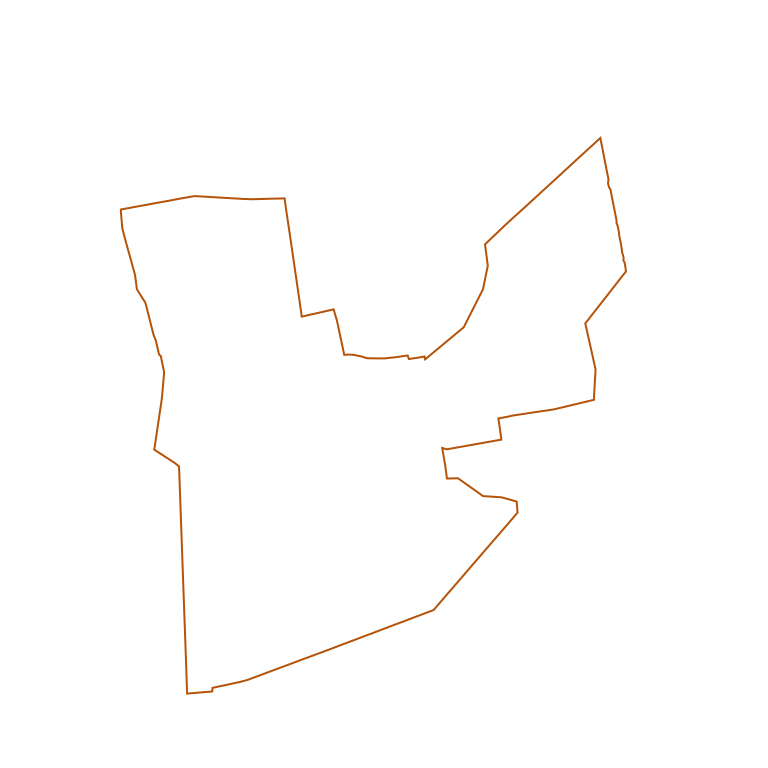 the district of Chiconcuac, México, Mexico, rotated 253°
{"feature_id": "50627088B68966073718312", "entity_name": "Chiconcuac", "entity_type": "district", "adm_level": 2, "iso_a3": "MEX", "parent_name": "Mexico", "parent_adm1": "México", "projection": "mercator", "projection_center": [-98.895, 19.553], "detail": "fine", "context": "isolated", "style": "outline", "palette": "amber", "viewbox_px": 768, "rotation_deg": 253, "n_neighbors": 0, "source": "geoboundaries", "source_scale": "gbopen_adm2", "svg_char_len": 3034}
<svg xmlns="http://www.w3.org/2000/svg" viewBox="0 0 768 768"><g transform="rotate(253 384 384)"><path d="M421.0,648.4L428.8,649.5L430.3,649.6L432.3,649.0L434.3,650.0L437.8,650.3L438.6,650.1L441.7,650.4L443.0,650.8L450.1,651.7L450.8,651.8L453.9,652.0L457.1,652.3L460.1,653.0L466.8,653.7L469.8,653.4L472.5,654.2L488.1,655.8L503.8,657.4L506.4,656.7L510.6,656.9L513.9,658.5L529.0,660.0L544.1,661.6L556.0,662.8L549.1,648.3L542.2,633.7L535.2,619.2L528.2,604.6L521.3,590.1L514.3,575.5L507.4,560.9L507.2,560.5L505.0,555.6L499.4,544.1L488.0,521.4L485.2,521.0L479.4,520.0L470.6,518.5L466.9,517.9L465.1,516.9L463.0,515.8L458.1,513.1L445.7,506.4L415.0,476.9L414.6,476.0L408.1,460.5L402.2,446.4L399.6,440.2L397.6,435.5L395.8,431.2L395.6,430.5L398.4,430.8L399.3,423.9L400.0,419.4L400.6,415.1L404.3,415.0L404.4,414.6L406.4,401.8L407.0,399.1L408.0,393.7L408.2,392.3L410.8,384.0L413.5,375.6L414.8,373.6L417.2,370.0L419.4,365.9L420.5,364.0L421.2,362.1L422.5,358.9L422.8,357.6L423.5,354.5L429.2,355.0L436.8,355.7L444.6,356.3L453.2,357.1L459.4,357.6L462.2,357.5L470.1,357.7L472.5,325.0L473.4,325.2L475.2,325.5L499.9,329.3L503.1,329.8L504.1,329.9L507.0,330.4L525.4,333.2L528.0,333.6L541.7,335.7L548.1,336.7L555.4,337.8L570.8,340.1L575.5,340.8L587.9,342.7L590.6,343.2L591.9,338.3L592.4,336.7L599.2,312.1L601.9,304.1L611.7,277.7L613.3,273.4L617.7,261.6L619.1,257.7L620.6,245.7L620.9,243.2L622.1,232.3L622.6,228.1L623.1,224.3L625.1,206.7L626.1,198.4L627.0,190.4L627.6,185.4L627.8,183.4L626.0,182.8L610.5,179.5L610.2,179.5L608.7,179.2L592.8,178.6L592.1,178.6L591.7,178.6L576.4,178.2L561.1,177.8L560.4,177.7L546.9,175.4L534.2,178.8L532.0,179.5L531.0,179.5L530.0,179.5L529.5,179.5L498.4,178.0L492.2,178.5L490.6,178.4L483.7,177.9L478.1,177.5L476.8,178.2L475.9,178.7L459.6,177.2L457.7,176.5L449.4,173.1L444.4,171.1L434.8,167.2L389.4,145.6L389.0,145.4L388.4,145.1L369.3,161.1L365.1,163.9L212.7,123.2L191.3,117.5L165.2,110.5L162.3,109.7L154.1,107.5L145.5,105.2L140.3,129.4L140.2,129.9L143.6,131.2L142.1,148.1L141.2,158.8L140.9,167.0L140.9,167.4L141.3,173.1L141.6,178.8L142.4,191.3L142.9,200.0L143.1,203.0L144.6,227.6L145.0,234.9L145.1,236.9L146.3,257.2L146.6,260.7L146.6,261.4L146.7,263.0L146.9,265.4L147.1,268.5L148.0,282.9L148.6,291.7L148.7,293.5L149.0,298.7L149.5,306.1L150.0,313.4L150.0,313.9L150.1,314.9L150.7,324.2L151.0,329.3L151.5,337.4L151.6,339.0L152.1,345.7L152.3,349.7L153.0,360.0L153.3,365.2L153.8,366.1L159.1,374.4L159.6,375.3L160.8,377.2L162.8,380.3L165.4,384.4L172.4,395.6L179.5,406.8L179.7,407.1L194.6,430.7L212.1,458.6L222.0,474.1L232.8,476.5L235.9,471.7L241.0,463.7L241.3,463.2L245.4,452.4L247.8,446.0L251.7,443.0L260.0,436.6L272.2,427.2L275.2,416.5L276.5,416.8L287.4,418.6L288.8,418.8L297.6,419.9L305.8,421.0L303.2,424.9L300.9,443.8L298.6,462.7L296.5,480.0L297.6,480.2L308.3,481.9L315.7,483.0L317.6,483.3L316.5,493.3L316.2,497.7L313.2,518.1L310.1,538.5L308.8,559.3L307.5,580.1L321.8,585.3L336.2,590.6L351.8,591.8L367.4,593.0L383.1,594.2L392.6,607.8L402.0,621.3L411.5,634.8L421.0,648.4Z" fill="none" stroke="#b45309" stroke-width="2"/></g></svg>